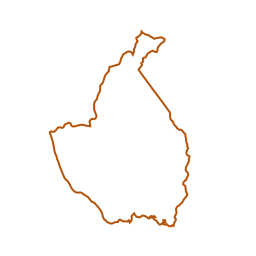 outline of Trairi, Ceará, Brazil, rotated 195°
{"feature_id": "56859067B38979206613098", "entity_name": "Trairi", "entity_type": "district", "adm_level": 2, "iso_a3": "BRA", "parent_name": "Brazil", "parent_adm1": "Ceará", "projection": "robinson", "projection_center": [-39.362, -3.377], "detail": "fine", "context": "isolated", "style": "outline", "palette": "amber", "viewbox_px": 256, "rotation_deg": 195, "n_neighbors": 0, "source": "geoboundaries", "source_scale": "gbopen_adm2", "svg_char_len": 3605}
<svg xmlns="http://www.w3.org/2000/svg" viewBox="0 0 256 256"><g transform="rotate(195 128 128)"><path d="M81.0,48.1L79.1,46.5L76.8,46.0L75.6,44.9L74.3,43.9L72.5,42.9L70.8,43.7L70.2,45.0L68.9,46.2L68.7,44.3L67.0,44.2L66.1,45.3L64.5,44.3L62.7,43.9L60.9,44.2L60.1,45.6L58.7,45.2L58.7,46.9L58.8,48.5L58.1,50.6L58.2,52.4L59.8,53.5L59.8,55.9L59.2,57.2L59.3,58.9L60.0,60.6L60.6,61.9L60.5,63.6L59.8,65.2L58.6,66.5L57.6,68.2L56.5,69.9L55.8,72.2L55.3,74.3L54.4,76.0L53.6,77.8L53.6,79.5L54.9,80.8L55.6,82.0L56.2,83.2L56.8,84.6L57.4,86.5L58.7,87.3L60.0,87.6L60.4,89.6L59.6,91.7L58.3,93.0L58.3,94.8L58.0,96.2L57.6,98.1L58.3,99.8L59.8,100.9L61.3,102.0L61.7,103.8L61.7,106.0L61.1,108.1L61.0,109.7L60.6,111.7L61.2,113.7L61.0,115.3L61.5,116.8L63.0,116.9L64.2,117.5L65.1,118.8L65.4,120.6L65.1,122.4L64.6,124.0L65.9,125.2L66.2,126.7L67.1,128.3L68.2,129.8L69.0,132.3L70.2,134.6L71.0,136.8L72.5,137.8L73.9,138.5L74.9,139.6L76.4,140.0L77.8,139.5L79.1,139.9L80.2,140.4L81.3,141.2L82.5,142.1L84.0,143.0L85.1,144.1L86.1,145.6L87.2,146.3L88.5,147.0L89.8,148.5L90.7,151.4L91.4,153.7L99.5,160.3L106.4,165.8L114.4,172.1L116.1,173.5L125.8,181.2L132.9,187.0L132.3,188.8L131.3,190.9L130.8,192.4L132.0,194.1L130.8,195.6L130.7,197.2L131.6,198.5L131.3,199.8L129.3,200.7L128.9,202.7L128.4,204.5L127.7,205.7L126.1,207.3L124.3,209.0L122.7,208.8L120.9,208.5L119.7,209.2L119.7,211.2L120.1,213.0L119.8,214.4L119.0,215.7L118.6,217.0L117.8,218.3L116.5,219.8L115.4,221.4L115.6,223.3L117.3,223.8L119.6,224.2L121.3,223.3L122.8,222.8L124.4,221.8L125.8,220.9L127.5,221.6L129.4,222.0L130.7,222.4L132.3,222.9L134.4,222.9L135.9,223.0L137.2,223.4L138.5,223.8L139.9,224.7L139.7,222.7L140.4,220.7L142.3,218.3L143.4,217.0L142.1,215.2L141.1,214.0L141.8,212.5L142.4,210.9L142.0,208.3L142.7,205.6L142.0,204.0L142.3,200.1L144.6,202.3L147.0,202.2L148.8,201.2L149.6,199.9L151.7,197.9L152.1,195.7L152.7,193.2L152.6,191.0L152.6,189.6L153.1,187.4L154.3,186.4L155.6,185.8L158.6,183.8L161.7,182.1L161.3,178.0L163.7,172.8L163.9,169.1L163.9,165.6L165.8,161.6L164.7,157.4L164.9,155.2L165.6,151.9L165.5,148.0L167.0,144.5L166.8,141.1L166.1,139.8L165.6,137.2L162.9,133.4L161.6,131.7L161.5,129.8L162.5,128.1L164.9,127.6L166.2,126.3L166.9,124.5L165.6,121.8L164.9,119.9L166.2,119.7L167.9,119.6L169.3,119.2L171.1,119.6L173.3,119.2L175.1,118.6L177.1,117.4L179.2,116.1L180.8,115.5L182.0,115.2L183.5,115.8L184.4,117.3L186.2,118.0L188.0,116.5L190.0,115.0L190.2,113.1L190.8,111.6L191.9,111.0L194.2,111.0L195.8,110.2L196.4,108.7L197.2,107.0L198.3,105.3L199.8,104.9L201.2,104.9L202.4,103.8L201.4,101.9L200.6,100.8L197.4,95.8L194.1,89.2L193.2,87.0L192.3,85.4L191.3,83.9L190.3,83.0L189.6,81.9L188.5,79.8L187.2,78.1L185.8,76.2L184.8,74.8L184.1,73.4L182.6,71.5L180.0,67.9L178.9,66.4L177.8,65.1L176.7,63.7L175.6,62.6L174.2,61.9L172.4,61.0L170.9,59.6L169.4,58.0L167.6,56.0L166.6,54.9L165.2,53.9L163.8,53.1L162.6,52.6L161.2,52.4L159.2,52.7L157.5,53.4L156.0,53.4L154.8,52.9L152.6,52.0L151.2,51.6L149.3,51.2L147.4,50.0L146.0,48.8L143.7,47.3L142.4,47.3L140.7,46.8L138.5,45.2L136.9,44.3L135.6,43.3L133.5,41.7L132.4,40.6L131.3,39.3L130.0,37.2L129.1,35.3L127.2,33.5L125.6,32.9L124.3,32.1L122.6,31.5L121.0,31.3L119.1,31.4L117.7,32.3L116.1,33.7L113.3,34.7L113.1,36.3L112.3,37.4L110.7,37.3L109.4,36.6L107.6,36.6L106.4,37.3L104.7,37.3L103.2,39.1L101.9,37.1L100.9,38.9L100.6,40.6L101.2,42.4L101.7,43.8L101.0,45.3L100.0,47.1L98.6,45.7L96.8,44.5L94.8,44.4L92.8,45.4L91.6,47.1L90.0,47.4L88.5,47.1L87.3,47.2L85.3,46.1L84.0,46.2L83.8,48.0L82.3,49.2L81.0,48.1ZM68.9,46.2L70.1,48.0L68.2,48.5L67.6,47.0L68.9,46.2ZM81.0,48.1L79.9,49.7L78.8,49.0L81.0,48.1Z" fill="none" stroke="#b45309" stroke-width="2"/></g></svg>